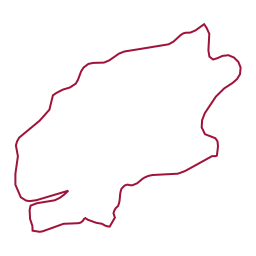 SVG path tracing the border of Viana do Castelo
{"feature_id": "PRT-741", "entity_name": "Viana do Castelo", "entity_type": "District", "adm_level": 1, "iso_a3": "PRT", "parent_name": "Portugal", "parent_adm1": "", "projection": "orthographic", "projection_center": [-8.501, 41.884], "detail": "fine", "context": "isolated", "style": "outline", "palette": "rose", "viewbox_px": 256, "rotation_deg": 0, "n_neighbors": 0, "source": "natural_earth", "source_scale": "10m", "svg_char_len": 1353}
<svg xmlns="http://www.w3.org/2000/svg" viewBox="0 0 256 256"><path d="M204.1,24.2L206.6,27.9L209.3,33.8L208.4,50.4L209.4,56.6L213.1,59.5L217.4,58.2L222.5,55.9L228.4,55.2L233.9,57.5L238.3,61.8L240.6,67.5L240.0,74.2L237.0,79.1L232.5,83.0L224.2,88.4L215.8,96.7L204.8,113.2L202.1,120.2L201.7,127.4L205.0,134.2L215.3,138.2L217.5,141.3L218.0,146.4L216.9,155.6L216.7,155.7L215.6,156.1L212.1,156.1L184.9,171.1L177.9,173.7L152.7,175.0L148.4,175.9L144.4,177.6L142.3,179.0L137.1,183.3L132.3,185.3L130.0,185.2L127.7,184.6L125.3,185.2L123.9,186.2L121.5,188.7L120.6,191.6L120.1,194.6L119.6,200.4L119.0,203.3L118.1,205.9L115.5,208.4L114.1,211.1L113.5,213.3L114.9,217.6L109.7,226.6L107.8,226.4L105.1,225.6L102.0,223.8L96.2,222.8L87.7,219.7L85.3,218.1L83.9,219.1L82.9,220.8L80.7,222.6L78.3,223.2L63.5,223.8L42.4,231.4L39.6,231.8L34.0,230.9L32.6,230.7L32.4,226.0L30.1,219.0L29.6,210.0L30.6,205.6L37.0,203.2L54.7,200.3L59.7,197.9L64.3,194.5L68.3,190.7L36.4,200.2L29.8,201.1L26.1,200.6L20.8,197.3L15.4,184.7L15.4,173.7L17.9,156.3L15.9,145.4L17.1,141.3L19.2,137.6L39.6,120.7L49.4,109.7L52.9,95.4L56.1,93.1L62.6,89.7L69.9,87.5L75.8,83.6L78.0,79.7L81.1,71.4L83.6,67.5L88.4,63.9L93.4,62.9L103.9,62.6L109.2,60.4L119.0,53.6L124.4,51.5L168.6,44.3L173.4,41.7L180.7,35.0L183.2,33.4L185.4,32.8L190.3,32.6L195.5,30.4L204.1,24.2Z" fill="none" stroke="#9f1239" stroke-width="2"/></svg>